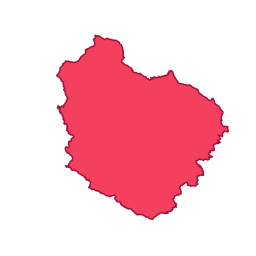 outline of Mahabo, Menabe, Madagascar, rotated 120°
{"feature_id": "10022922B70120442307447", "entity_name": "Mahabo", "entity_type": "district", "adm_level": 2, "iso_a3": "MDG", "parent_name": "Madagascar", "parent_adm1": "Menabe", "projection": "equal_earth", "projection_center": [45.183, -20.687], "detail": "fine", "context": "isolated", "style": "filled", "palette": "rose", "viewbox_px": 256, "rotation_deg": 120, "n_neighbors": 0, "source": "geoboundaries", "source_scale": "gbopen_adm2", "svg_char_len": 5782}
<svg xmlns="http://www.w3.org/2000/svg" viewBox="0 0 256 256"><g transform="rotate(120 128 128)"><path d="M194.6,61.0L192.1,60.8L190.3,59.6L188.2,59.0L186.8,58.0L185.6,57.6L184.4,56.5L183.6,53.3L182.4,52.4L182.5,51.8L182.0,51.3L182.0,52.6L181.4,52.6L180.9,52.2L180.8,51.4L180.5,51.5L178.8,49.4L178.0,49.2L177.4,48.6L176.6,48.9L175.7,48.6L175.2,49.4L173.9,49.0L173.5,47.9L172.9,48.1L172.5,47.0L172.1,47.7L171.3,47.4L170.4,48.8L170.1,48.0L169.8,48.0L169.3,49.0L169.3,50.1L168.1,52.4L166.9,53.5L165.8,53.0L164.0,53.7L163.0,53.2L161.1,51.6L160.7,50.5L159.2,50.1L158.6,49.2L156.3,50.4L153.9,53.5L151.5,53.4L150.7,53.0L150.3,52.4L146.4,50.8L145.7,49.3L147.6,47.7L147.4,46.7L147.0,46.0L146.9,44.7L145.0,42.1L144.6,40.7L143.5,40.2L143.0,40.4L141.7,39.6L141.2,40.2L141.0,41.5L138.2,41.3L138.0,42.1L137.3,43.0L136.3,43.2L135.9,43.7L135.2,44.0L134.9,43.2L134.2,43.2L133.9,42.6L133.1,42.3L132.1,41.3L131.7,39.3L131.3,39.1L129.7,39.8L129.3,40.5L127.9,41.1L127.3,43.1L126.3,43.3L125.8,44.6L124.9,45.7L125.5,46.4L125.6,47.2L124.5,47.2L124.7,48.4L124.6,50.1L122.8,52.6L120.7,51.2L119.3,50.9L119.3,49.9L118.4,48.1L118.5,46.6L118.2,46.3L116.8,46.3L116.0,44.4L115.8,43.0L114.5,42.1L113.5,42.7L113.0,43.5L112.7,42.5L111.9,42.2L111.7,41.2L111.2,40.8L110.8,40.8L110.6,44.8L109.7,45.5L107.9,44.4L106.8,45.7L105.8,44.4L105.1,44.0L105.1,42.9L104.3,42.2L101.9,43.8L101.2,44.9L99.5,45.7L99.0,44.8L97.3,44.0L96.9,43.0L96.2,42.8L96.2,42.0L94.4,41.1L94.3,42.1L94.6,42.7L94.1,44.0L93.6,43.9L93.1,43.2L91.0,42.5L90.6,43.5L89.7,44.6L89.5,45.7L89.2,46.0L88.3,43.6L88.3,42.3L87.6,42.1L86.2,43.2L85.2,43.5L84.2,43.1L82.8,43.2L82.5,42.9L81.6,39.9L80.6,39.5L78.7,41.5L77.0,42.3L77.8,44.3L78.8,45.8L78.9,47.1L78.7,47.6L78.1,48.0L77.5,49.5L75.5,50.9L75.2,51.0L74.8,50.4L74.4,50.5L73.9,51.5L72.3,52.6L69.6,53.2L68.1,53.2L66.5,54.0L65.7,57.0L64.5,58.6L63.8,60.1L63.6,64.3L63.4,65.2L61.5,66.6L60.0,69.4L60.2,69.8L62.2,69.9L63.3,70.7L63.3,72.7L62.6,75.7L62.9,78.6L62.2,81.6L62.4,83.8L60.1,86.3L60.0,87.8L60.4,92.0L59.8,95.8L61.7,98.9L63.8,106.8L59.9,114.4L57.0,117.3L56.7,118.7L57.1,119.7L58.0,120.0L58.2,120.7L59.1,120.1L59.3,120.5L60.5,120.3L60.7,120.8L61.8,120.1L62.1,120.6L62.7,120.4L63.6,121.4L64.2,122.6L65.2,122.7L65.5,123.3L66.1,123.6L66.0,124.4L68.3,125.5L68.4,125.8L67.9,126.9L68.6,126.8L69.8,127.8L69.9,128.6L70.6,128.9L70.5,130.4L70.6,130.8L71.3,130.7L71.6,131.3L72.7,132.4L73.2,131.4L74.0,132.5L73.7,133.0L74.9,132.6L75.8,133.4L75.3,135.1L75.6,135.4L75.8,136.4L74.8,138.1L75.4,141.0L75.1,141.7L75.0,143.7L74.6,144.8L76.2,146.4L75.9,148.7L76.5,149.6L77.1,151.6L76.6,153.0L76.4,153.2L75.8,152.7L75.5,153.6L74.6,154.5L74.6,157.3L74.2,159.9L74.8,162.5L74.1,164.6L74.3,165.8L74.1,166.2L72.9,167.2L68.8,166.4L68.6,167.7L67.9,168.0L66.1,169.6L65.4,169.6L63.1,171.2L60.1,174.2L59.5,175.3L59.3,177.0L58.3,178.3L58.0,182.2L59.6,184.9L59.4,186.2L60.0,187.0L60.7,189.2L60.5,190.5L61.3,191.5L62.1,191.5L62.6,191.8L63.2,193.0L63.0,194.7L63.1,196.0L62.7,198.7L62.8,199.4L64.0,200.9L64.0,202.5L64.5,202.8L65.2,201.7L66.4,201.4L68.4,202.2L69.7,200.8L70.5,199.3L72.0,198.6L74.5,198.5L75.8,200.4L78.3,201.5L79.8,202.9L80.8,203.1L81.9,204.0L83.1,202.4L85.6,202.2L87.5,203.4L90.0,204.3L94.0,204.3L95.2,204.9L97.9,206.9L98.1,207.6L98.6,207.9L98.7,209.2L99.4,210.3L99.9,212.8L100.7,213.9L101.1,215.4L102.9,215.3L105.2,216.6L105.5,216.5L105.8,215.8L106.2,215.6L109.9,216.9L112.1,215.5L112.7,215.7L113.7,215.3L116.1,215.4L117.3,216.0L118.5,215.5L118.5,212.5L119.0,211.1L120.5,209.2L120.4,208.2L120.7,207.1L122.5,206.0L123.1,204.7L124.2,204.8L125.1,202.9L127.2,202.7L127.6,201.2L130.3,198.6L131.3,196.6L132.0,196.1L132.4,195.0L133.8,194.9L134.7,195.2L135.4,194.6L136.4,194.5L140.3,195.1L142.0,194.2L141.9,195.7L142.4,196.7L143.6,196.5L144.4,197.8L144.0,198.2L143.9,199.6L145.5,199.4L146.1,197.9L145.6,197.1L145.6,196.3L146.2,195.9L147.0,196.2L148.3,195.2L148.3,194.8L147.8,194.1L148.2,193.4L148.8,193.6L148.7,192.9L149.4,191.7L150.1,191.3L150.1,190.8L150.8,189.7L151.2,189.1L152.6,188.7L152.7,188.1L153.1,188.1L153.0,187.7L153.3,186.9L154.5,186.3L154.7,185.8L156.2,185.7L156.4,184.9L155.9,184.6L155.3,183.3L155.7,183.2L155.7,182.5L156.4,182.1L157.0,180.9L157.9,180.8L158.4,181.1L159.0,180.7L159.2,179.9L160.6,179.9L160.4,179.5L160.8,179.2L161.4,177.1L162.2,177.1L162.5,176.5L162.2,175.3L162.6,174.4L161.8,172.3L162.0,171.5L162.8,170.4L165.7,171.7L167.7,170.6L168.5,171.8L168.9,171.7L169.0,172.1L169.4,172.1L169.7,172.4L170.2,171.9L170.7,171.9L172.1,171.2L172.6,170.2L174.4,169.5L174.9,170.1L175.1,172.0L176.2,172.4L178.1,171.4L179.9,168.5L179.9,167.9L179.3,166.5L180.2,164.6L180.2,162.8L182.1,160.6L184.3,160.3L185.0,160.9L188.3,161.2L189.5,161.2L190.3,160.7L191.3,161.0L191.3,161.7L192.0,162.9L192.6,161.6L191.4,160.4L191.7,159.4L191.1,158.9L191.1,158.4L191.6,157.4L192.1,155.9L192.6,155.5L191.5,153.4L191.6,152.7L191.0,151.7L190.9,150.6L191.4,149.0L191.9,148.3L191.8,144.7L192.0,143.8L191.6,142.8L192.2,141.1L192.5,141.0L192.1,139.9L192.9,138.9L193.4,139.0L193.8,138.4L193.1,136.8L192.6,136.3L193.2,136.2L193.0,135.1L193.6,133.3L195.7,132.5L196.8,132.5L197.4,131.9L198.2,132.3L199.2,132.1L199.0,129.9L199.3,128.9L198.8,127.5L198.2,127.1L198.0,126.3L198.3,125.4L198.3,124.0L197.8,123.7L197.8,123.0L197.2,121.6L198.0,119.4L197.5,119.2L197.7,117.3L197.0,115.8L197.5,113.5L196.8,111.0L196.8,109.8L193.8,107.2L193.0,105.9L193.1,105.1L193.6,104.4L195.4,104.3L196.0,103.7L197.2,100.7L196.5,98.3L196.5,97.2L196.9,96.3L197.5,96.2L197.7,95.4L198.1,94.7L197.8,93.0L198.3,91.5L197.8,90.4L197.9,89.6L198.2,89.2L197.8,88.2L198.0,87.4L197.5,87.3L197.0,86.3L196.9,85.0L196.6,84.3L197.3,83.2L197.4,82.0L198.2,78.8L198.1,78.3L198.6,76.8L198.3,76.2L197.6,75.9L196.6,73.4L195.9,72.4L195.8,71.1L196.1,70.2L195.8,69.3L196.2,68.3L195.3,67.0L195.5,66.0L195.4,64.7L195.7,64.1L195.7,63.5L194.6,61.0Z" fill="#f43f5e" stroke="#9f1239" stroke-width="1.5"/></g></svg>